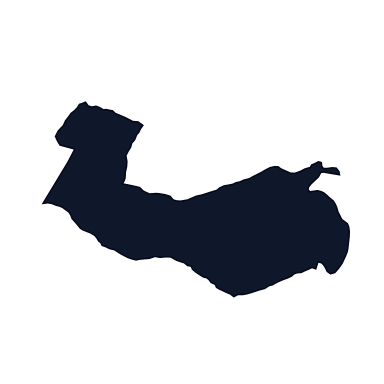 Planaltina do Paraná, Paraná, Brazil (Albers equal-area conic projection), rotated 257°
{"feature_id": "56859067B78623757786871", "entity_name": "Planaltina do Paraná", "entity_type": "district", "adm_level": 2, "iso_a3": "BRA", "parent_name": "Brazil", "parent_adm1": "Paraná", "projection": "albers", "projection_center": [-52.929, -23.09], "detail": "fine", "context": "isolated", "style": "filled", "palette": "ink", "viewbox_px": 384, "rotation_deg": 257, "n_neighbors": 0, "source": "geoboundaries", "source_scale": "gbopen_adm2", "svg_char_len": 2568}
<svg xmlns="http://www.w3.org/2000/svg" viewBox="0 0 384 384"><g transform="rotate(257 192 192)"><path d="M303.5,108.4L302.9,105.0L302.7,102.1L299.9,99.3L297.9,96.4L295.7,91.8L293.1,88.9L289.9,84.9L285.7,81.7L283.9,78.9L281.4,75.3L276.8,71.5L272.5,72.4L267.4,74.0L260.2,87.5L249.0,77.9L214.4,44.3L214.0,48.9L212.5,52.7L209.7,56.7L208.1,59.8L206.0,62.6L203.6,64.6L200.4,67.4L197.1,68.7L193.0,69.3L187.5,72.3L182.0,75.0L179.6,77.3L174.9,84.1L171.5,87.6L168.6,89.0L165.2,90.1L163.2,91.8L160.2,92.4L158.0,95.9L155.4,99.0L153.3,103.4L149.9,106.7L147.2,109.4L142.7,114.7L140.4,118.4L138.4,122.2L138.4,125.7L137.7,130.8L137.0,135.4L137.6,141.5L135.6,146.0L134.9,151.1L134.3,153.9L133.5,156.7L129.1,161.5L126.4,165.8L124.8,168.6L121.4,171.1L119.9,174.6L116.7,175.1L113.4,177.5L108.9,181.7L106.6,184.1L105.2,187.0L102.8,188.9L99.5,190.3L96.9,193.8L93.5,194.5L91.2,197.0L89.4,199.3L86.1,203.5L83.9,206.6L80.6,209.2L81.8,213.6L80.7,218.4L80.5,222.9L80.8,227.6L81.1,231.3L81.5,235.3L81.7,241.2L83.5,246.0L83.5,249.4L84.4,252.2L85.2,255.4L85.8,258.5L86.3,261.5L86.8,266.0L87.8,270.3L89.3,272.8L89.7,276.1L89.1,280.4L89.9,283.9L90.7,288.4L91.5,291.9L89.3,295.3L95.6,299.0L94.0,302.2L91.7,303.8L88.6,304.9L84.2,305.9L81.2,308.5L81.4,313.1L84.6,317.5L88.8,322.2L94.7,326.8L98.5,329.5L101.7,331.0L113.5,335.1L118.0,336.3L122.9,336.8L126.2,336.2L131.5,331.7L139.8,329.7L144.7,329.4L148.0,328.8L151.6,327.5L155.3,324.6L158.5,322.5L161.5,320.2L163.4,317.7L165.0,314.7L165.4,310.2L165.6,307.0L168.1,305.5L170.7,306.7L173.1,309.7L178.3,318.5L182.2,322.0L181.8,324.8L175.6,339.6L179.0,339.7L182.8,337.9L184.0,334.3L184.6,328.1L185.5,325.2L188.1,324.2L191.6,324.6L193.0,322.0L191.9,317.8L191.4,314.7L189.3,312.9L189.0,307.3L187.8,302.7L187.0,296.6L188.1,292.3L190.4,289.2L192.5,286.4L194.8,283.5L197.1,281.7L198.1,278.1L198.1,273.5L196.8,268.4L195.5,264.4L193.3,255.3L192.0,250.9L191.9,245.4L191.0,241.0L191.1,237.1L190.3,233.4L190.4,229.5L190.7,224.5L189.6,219.7L188.0,216.5L187.6,210.4L187.1,204.4L186.8,200.8L186.9,195.3L185.9,189.8L185.2,185.9L185.6,178.7L186.9,174.6L188.6,171.8L192.7,169.7L195.4,165.1L197.8,159.2L198.6,156.6L199.6,150.1L203.7,144.8L208.0,142.1L210.8,136.5L215.7,125.9L217.8,128.0L220.7,129.9L226.2,131.4L231.4,133.9L236.5,135.4L242.3,135.7L246.5,139.2L249.4,142.2L253.3,144.3L255.8,147.8L260.4,151.0L262.0,153.4L265.2,156.0L268.0,159.1L272.4,155.2L274.0,150.1L276.6,147.1L279.5,143.6L285.9,134.8L289.0,132.8L290.1,130.1L291.6,127.0L292.0,124.1L294.7,121.3L297.1,117.8L297.3,113.5L299.2,110.2L303.5,108.4Z" fill="#0f172a" stroke="#020617" stroke-width="1.5"/></g></svg>